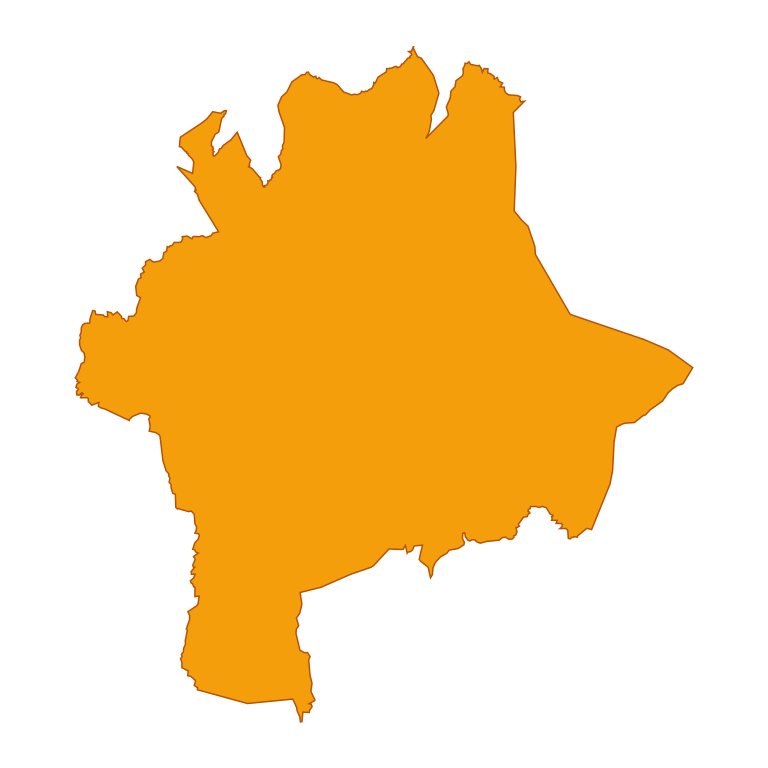 Petlalcingo, Puebla, Mexico
{"feature_id": "50627088B13668938425489", "entity_name": "Petlalcingo", "entity_type": "district", "adm_level": 2, "iso_a3": "MEX", "parent_name": "Mexico", "parent_adm1": "Puebla", "projection": "albers", "projection_center": [-97.931, 18.063], "detail": "fine", "context": "isolated", "style": "filled", "palette": "amber", "viewbox_px": 768, "rotation_deg": 0, "n_neighbors": 0, "source": "geoboundaries", "source_scale": "gbopen_adm2", "svg_char_len": 6006}
<svg xmlns="http://www.w3.org/2000/svg" viewBox="0 0 768 768"><path d="M300.4,721.9L302.0,721.6L302.9,712.1L309.2,712.5L309.7,710.1L312.1,706.7L311.2,704.2L309.0,703.7L314.7,700.7L314.9,699.9L310.9,691.4L312.0,683.4L310.0,675.1L308.7,660.0L310.1,656.6L307.5,652.6L304.2,652.6L299.9,650.2L296.0,633.5L296.3,629.2L298.7,625.6L296.4,618.1L299.7,613.3L301.9,604.2L300.1,592.5L321.2,587.2L350.8,574.2L371.0,567.3L373.7,565.5L389.0,549.0L402.1,549.5L403.3,549.1L405.4,545.4L407.2,553.2L407.9,552.1L410.6,551.6L412.6,549.9L414.2,545.9L422.5,545.2L419.2,559.1L420.3,560.9L428.1,567.2L430.5,577.8L432.4,574.6L433.0,567.8L435.4,562.4L440.5,556.9L447.0,553.1L449.2,550.1L457.9,548.6L463.9,544.9L464.4,542.4L462.5,538.8L462.8,533.2L464.7,532.9L465.4,536.9L468.1,540.4L470.0,541.0L471.9,539.7L475.3,540.1L476.4,541.7L480.2,543.2L486.8,541.4L499.3,540.2L502.1,537.7L505.3,537.1L509.1,539.3L512.2,539.0L513.9,537.4L514.0,535.6L515.8,535.0L517.0,532.1L515.9,527.4L517.5,527.4L519.4,526.1L518.4,524.9L518.7,523.8L523.7,517.0L527.1,516.7L528.4,513.8L529.8,513.3L529.8,512.3L528.1,511.4L528.4,509.4L530.3,508.5L530.5,506.5L536.6,506.6L539.0,507.5L542.4,506.4L546.4,507.8L550.2,514.1L552.9,515.3L552.9,516.2L551.6,516.7L552.2,518.9L551.6,520.3L557.3,520.4L556.1,523.4L561.0,523.5L562.4,524.7L562.0,526.7L559.9,528.6L565.9,528.5L567.8,530.5L568.3,538.4L570.1,538.9L571.7,537.5L575.1,536.7L577.3,537.2L577.7,535.8L586.9,528.3L591.6,529.6L610.0,484.1L612.6,470.6L614.1,441.7L616.6,427.1L622.3,424.0L625.8,423.1L634.3,422.6L643.1,415.6L645.4,414.9L650.2,409.8L662.6,401.0L668.2,392.7L672.7,388.6L678.1,385.2L683.1,383.7L692.7,367.6L668.4,350.0L644.8,339.8L570.2,314.4L535.4,254.4L534.8,246.3L528.0,226.2L521.9,220.4L514.2,211.0L515.9,166.4L513.3,112.5L524.5,101.2L520.7,101.8L519.6,99.1L520.6,96.9L517.4,95.5L508.7,94.9L505.8,93.0L504.4,90.1L504.3,87.2L500.2,86.8L502.7,83.1L498.6,81.1L497.3,77.5L494.3,79.1L494.0,76.3L490.1,73.5L487.7,73.0L488.0,68.8L484.1,68.5L482.4,72.3L481.2,68.3L479.2,65.4L477.3,65.8L470.5,64.3L469.0,61.7L467.3,63.4L465.0,63.3L464.8,65.3L463.0,68.5L463.3,73.5L462.5,75.8L456.0,80.7L455.0,86.8L451.0,91.0L450.2,98.2L446.3,106.9L448.3,113.9L447.8,116.2L425.8,138.5L429.2,131.7L431.4,119.6L430.9,115.5L433.9,110.6L438.9,93.1L433.3,75.2L421.3,58.2L417.5,56.7L413.5,48.6L413.6,46.1L411.4,51.2L408.7,51.5L411.7,53.8L411.3,55.3L409.7,56.4L410.1,57.6L407.8,58.1L403.0,63.9L401.7,64.1L400.4,66.5L397.4,67.8L396.7,66.5L394.8,66.5L391.8,68.1L386.7,68.7L386.3,71.9L378.1,77.1L375.3,83.0L373.8,82.4L373.6,85.2L371.6,88.8L369.5,89.3L367.1,91.5L365.5,91.1L363.9,92.1L361.5,91.2L360.7,93.2L357.4,94.7L353.9,94.2L351.8,95.0L343.6,92.0L337.2,84.6L333.7,82.8L321.7,80.0L319.1,77.5L317.9,78.7L316.5,78.5L315.8,76.2L313.3,77.0L309.6,74.4L308.3,72.1L306.6,72.4L305.0,74.6L301.8,74.8L291.9,81.9L286.8,92.1L281.6,96.8L277.9,105.3L278.9,111.4L284.5,127.5L284.1,141.8L282.4,146.1L282.8,149.2L281.4,150.4L280.7,154.2L278.3,156.7L281.1,164.7L280.6,168.2L279.4,169.7L276.1,170.9L274.5,173.4L272.8,174.3L271.8,176.0L272.6,177.2L271.5,177.9L271.4,179.6L269.6,180.2L269.3,181.1L267.8,180.9L268.1,182.3L266.8,185.2L264.4,185.6L264.7,187.1L263.4,186.9L262.4,185.0L262.3,181.8L260.2,178.8L260.6,177.5L259.3,177.0L252.3,168.7L248.6,166.7L249.6,165.8L249.3,164.1L250.7,160.1L246.9,155.8L237.2,132.2L230.9,139.9L223.4,145.3L221.0,148.5L219.4,149.0L218.3,152.4L215.3,155.4L213.9,156.2L213.1,155.5L213.0,152.7L214.0,151.7L212.3,149.9L213.4,148.9L212.8,146.7L211.4,145.9L211.5,141.7L215.1,134.4L218.8,132.0L221.7,118.4L224.1,115.9L224.1,114.5L225.5,113.8L226.4,110.6L224.3,110.7L220.7,113.3L212.8,111.7L206.9,118.9L201.3,123.3L180.3,137.2L179.4,146.7L181.2,147.0L185.6,151.7L186.7,151.9L186.6,153.0L188.3,154.0L188.2,154.9L192.4,159.2L193.8,162.0L192.6,173.4L176.8,166.5L195.4,187.2L195.1,190.3L196.7,189.7L194.5,191.5L197.3,194.0L199.2,200.3L218.6,231.8L212.7,233.2L211.2,235.6L205.9,237.6L202.3,235.6L199.2,236.7L194.1,236.4L193.1,236.6L192.0,238.8L187.2,236.1L182.2,236.6L182.6,238.5L181.6,241.5L179.7,242.4L174.2,242.4L172.2,245.5L170.0,245.9L169.2,247.0L167.2,246.6L166.7,250.9L163.7,252.9L162.9,258.5L159.9,260.9L154.7,262.0L153.0,261.8L149.8,259.4L145.6,261.7L145.6,264.9L142.2,268.2L144.3,272.1L140.5,274.1L141.1,277.8L138.5,278.9L135.7,286.3L136.7,295.5L140.5,297.7L136.7,308.4L136.4,312.8L133.9,316.0L128.6,316.4L128.0,320.6L126.2,321.5L123.9,318.7L121.9,318.5L121.4,316.3L117.2,311.9L113.0,314.9L111.2,312.8L107.3,311.7L107.8,316.7L104.6,316.6L103.2,315.0L95.7,314.4L95.1,311.0L92.7,310.5L90.0,319.0L89.7,323.1L85.1,323.3L82.7,324.7L81.3,327.9L81.2,332.1L79.9,335.3L80.6,337.7L79.6,340.4L79.6,344.9L81.5,350.5L83.9,352.7L84.9,356.6L84.2,362.2L81.3,363.6L78.7,371.5L75.3,377.9L77.5,380.1L77.0,381.4L79.6,382.4L76.9,384.1L75.9,387.5L77.9,388.3L78.4,389.5L76.5,391.4L76.9,395.0L79.2,395.1L82.0,392.7L83.2,393.7L81.3,395.3L80.6,397.8L87.2,397.7L88.3,398.5L88.3,401.5L91.8,405.2L98.8,402.4L98.3,406.3L100.7,407.8L104.9,409.0L129.3,420.5L129.4,419.4L132.6,416.4L140.7,413.1L146.6,414.1L149.7,415.7L150.1,417.1L148.8,418.8L150.2,426.4L149.2,431.1L155.9,432.6L159.1,434.7L160.1,436.7L162.9,460.4L166.1,470.8L168.9,474.0L168.6,475.6L169.9,478.4L169.1,482.5L171.1,484.3L171.1,488.0L172.9,493.5L174.8,494.0L175.4,495.2L175.8,507.4L177.5,509.0L178.2,508.6L188.6,511.6L191.2,511.1L194.2,514.2L194.9,523.5L196.6,526.9L196.2,530.5L194.9,533.1L198.4,533.8L199.4,535.2L198.2,539.1L194.8,542.9L192.7,549.3L194.8,550.0L195.5,551.8L198.3,553.1L193.5,556.5L195.3,559.3L192.7,565.2L193.5,567.4L194.7,567.3L191.2,571.4L191.4,574.3L195.2,574.2L193.6,578.0L190.3,580.9L191.3,583.2L192.6,583.8L193.7,586.8L195.0,587.2L194.9,596.6L199.1,596.1L198.0,604.0L196.8,605.7L187.9,611.7L189.7,615.7L189.5,619.8L186.3,629.0L187.4,630.3L185.3,640.3L185.4,644.4L183.6,648.4L183.4,652.0L181.4,654.3L182.1,656.5L180.5,658.7L181.9,662.0L181.9,667.7L188.3,671.0L187.7,675.7L190.7,676.3L195.0,680.1L195.5,681.5L194.2,685.5L197.4,687.6L197.4,689.8L247.5,703.5L292.8,699.1L296.7,707.6L297.1,710.8L299.8,716.9L300.4,721.9Z" fill="#f59e0b" stroke="#b45309" stroke-width="1.5"/></svg>